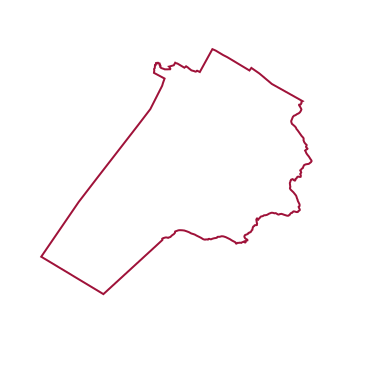 Skútustaðahreppur, Norðurland eystra, Iceland (Natural Earth projection), rotated 33°
{"feature_id": "244011B58365339597746", "entity_name": "Skútustaðahreppur", "entity_type": "district", "adm_level": 2, "iso_a3": "ISL", "parent_name": "Iceland", "parent_adm1": "Norðurland eystra", "projection": "natural_earth1", "projection_center": [-16.6, 65.112], "detail": "fine", "context": "isolated", "style": "outline", "palette": "rose", "viewbox_px": 384, "rotation_deg": 33, "n_neighbors": 0, "source": "geoboundaries", "source_scale": "gbopen_adm2", "svg_char_len": 5550}
<svg xmlns="http://www.w3.org/2000/svg" viewBox="0 0 384 384"><g transform="rotate(33 192 192)"><path d="M174.2,55.6L174.0,58.8L148.2,59.7L143.4,60.2L134.8,60.5L131.3,61.1L133.2,87.1L130.2,87.5L130.0,87.8L130.0,88.2L130.0,88.4L129.6,88.9L129.3,89.2L128.8,89.3L128.1,89.4L125.3,90.3L121.8,90.0L120.7,89.8L118.6,89.8L118.5,90.6L118.1,91.2L117.9,91.9L109.8,92.2L108.8,92.6L107.5,92.7L107.7,95.6L104.7,99.1L104.5,99.3L105.0,99.4L105.3,99.4L105.4,99.5L105.5,99.6L105.6,99.8L105.8,100.0L106.5,100.3L106.5,100.5L106.6,100.8L106.8,100.9L106.8,101.0L102.3,104.0L101.4,104.1L98.6,104.8L98.1,104.6L97.5,104.5L97.3,104.3L97.2,104.3L97.2,104.1L97.0,103.8L97.0,103.7L96.7,103.6L96.8,103.5L96.8,103.3L96.7,103.2L96.1,102.9L95.6,102.7L95.5,102.3L95.0,102.3L94.9,102.4L94.3,102.4L94.1,102.3L94.1,102.2L93.9,102.3L93.6,102.1L93.1,102.1L92.7,102.5L92.8,102.5L92.6,102.6L92.4,102.7L92.4,103.1L92.6,103.3L92.6,103.5L92.1,104.0L91.8,104.0L92.4,105.4L92.4,105.6L91.9,105.8L93.3,108.4L93.2,109.5L94.2,110.7L95.2,112.8L107.2,111.8L108.3,116.4L109.1,119.1L111.9,145.2L110.4,164.8L104.9,230.6L102.4,262.0L100.8,328.4L173.3,325.9L183.3,287.2L193.3,248.4L193.2,248.2L192.5,247.6L192.5,247.3L192.6,247.0L193.0,246.6L193.1,246.2L193.5,245.8L194.4,244.7L195.4,244.0L196.1,243.7L196.9,243.5L197.1,243.3L197.2,243.1L197.2,242.9L197.4,242.7L197.9,242.1L198.4,241.4L198.7,239.8L199.1,238.6L199.7,237.3L199.9,235.7L199.9,235.4L199.4,234.5L199.4,234.2L200.3,233.1L201.4,231.6L202.1,231.0L203.3,230.2L204.7,229.4L206.5,228.5L208.8,227.9L210.6,227.5L211.7,227.3L213.8,227.2L215.9,226.6L217.5,226.2L219.4,226.1L222.7,225.7L224.6,225.5L226.9,225.5L227.4,225.4L228.6,225.0L229.1,224.7L229.4,224.2L229.7,224.0L231.3,223.2L231.3,222.5L231.7,222.1L232.2,221.8L233.2,221.6L233.8,221.2L234.0,221.0L234.3,220.4L235.3,219.2L236.3,218.2L237.1,217.6L237.5,217.0L237.9,216.4L237.8,215.9L237.9,215.7L238.5,215.2L239.7,214.4L240.9,213.0L241.6,212.6L242.6,212.1L244.8,211.5L246.3,211.3L249.6,210.9L252.2,210.9L255.1,210.6L255.9,210.6L256.2,210.8L256.6,211.1L257.2,211.2L257.7,210.5L257.7,210.1L257.9,209.9L258.1,209.7L258.4,209.5L259.3,208.9L259.7,208.4L261.0,207.8L261.0,207.7L261.1,207.4L261.4,207.0L261.6,206.6L262.1,206.1L262.3,205.6L262.6,205.5L263.8,205.5L264.1,205.4L264.2,205.2L263.0,204.6L263.2,204.3L264.1,203.6L264.4,202.8L264.8,202.4L264.7,202.1L264.2,201.9L262.9,202.0L262.0,201.9L261.6,201.8L260.4,201.1L260.1,200.7L260.0,200.4L259.9,199.4L260.5,198.4L261.1,197.7L261.5,196.8L261.7,196.6L261.8,196.3L261.7,195.9L261.8,195.8L261.7,195.5L261.8,195.3L262.2,194.9L262.4,194.7L262.4,194.4L262.8,194.0L263.0,193.5L263.1,193.1L263.1,192.8L262.9,191.6L263.0,191.3L263.2,190.9L263.1,190.7L262.9,190.0L262.5,189.3L262.3,188.0L262.2,187.7L262.7,186.7L262.6,186.1L262.7,185.8L263.1,185.4L263.6,185.0L264.1,184.7L264.3,184.5L264.4,184.2L263.8,183.4L263.7,182.9L263.0,182.4L262.4,181.6L262.0,181.3L261.6,180.9L261.5,180.5L261.0,180.1L261.0,179.9L261.5,179.7L261.0,179.5L260.9,179.3L260.8,179.1L260.8,178.9L261.0,178.7L262.6,178.4L262.9,177.0L263.0,175.6L263.2,175.0L263.6,174.6L264.2,174.0L264.6,173.5L264.9,172.7L265.2,172.2L266.1,171.6L267.2,170.5L267.8,169.5L268.3,168.4L269.8,166.3L270.3,165.9L270.8,165.6L271.6,165.3L272.7,165.0L273.4,164.4L273.8,164.1L276.3,164.0L276.7,163.9L277.1,163.6L277.7,162.7L278.8,161.7L279.3,161.5L280.4,161.2L281.4,161.0L284.3,160.2L285.0,159.9L285.6,159.5L285.9,159.1L286.0,158.4L286.4,157.7L286.3,157.1L286.4,156.0L287.3,154.9L287.2,154.4L287.5,154.0L287.5,153.5L287.6,153.1L288.1,152.7L289.5,152.2L290.3,152.0L291.1,151.6L291.6,151.0L291.7,150.8L291.6,150.4L291.6,150.1L291.7,149.8L291.9,149.6L292.1,149.2L292.2,148.4L291.8,147.9L290.2,146.9L289.5,146.4L289.5,146.2L289.8,145.4L289.8,145.1L289.1,144.0L288.8,143.7L285.9,142.0L285.3,141.6L284.7,140.9L283.7,140.3L281.9,138.8L281.1,138.3L277.2,137.0L273.5,136.3L272.8,136.0L272.3,135.7L272.0,135.4L271.9,135.0L271.7,134.1L271.4,133.9L270.5,132.8L270.1,132.3L269.6,131.8L269.1,131.0L269.0,130.5L268.9,129.7L268.6,129.2L268.5,128.8L268.6,128.1L268.4,127.8L268.4,127.7L268.9,127.0L269.4,126.4L269.9,126.4L270.6,126.6L271.2,126.6L272.1,126.4L272.2,126.2L272.2,125.8L271.9,125.3L271.7,124.8L271.8,124.4L272.1,124.1L272.2,123.9L272.2,123.7L272.1,123.3L272.2,123.0L272.1,122.4L272.2,121.8L272.8,121.2L273.7,120.9L274.3,120.5L274.8,120.2L274.6,119.4L274.2,118.8L273.6,118.3L273.2,118.2L272.9,117.8L272.9,117.7L273.0,117.3L273.0,116.4L273.0,116.2L272.6,115.9L272.3,115.6L271.1,115.0L271.0,114.9L271.2,114.5L271.4,113.8L271.3,113.1L271.4,112.6L271.9,111.6L271.8,111.1L271.7,110.8L271.4,109.0L271.4,108.6L271.5,108.1L272.5,106.7L274.3,105.1L274.8,104.4L275.0,103.6L275.3,102.8L275.5,102.2L275.5,101.7L275.5,101.1L275.3,100.8L275.0,100.5L274.3,100.2L273.5,99.9L270.7,98.6L268.5,97.9L266.8,97.2L265.2,96.1L264.3,95.7L264.4,95.1L264.6,94.7L264.8,94.1L265.3,93.2L265.3,92.9L265.2,92.7L263.5,92.3L263.0,92.0L262.9,91.8L262.9,91.4L262.9,90.8L262.5,90.1L260.5,89.7L258.9,89.0L257.3,87.8L256.7,86.6L256.1,86.1L255.8,85.9L253.4,85.3L246.9,82.7L245.8,82.4L245.2,82.2L244.4,81.6L243.8,81.3L243.1,81.1L242.4,80.9L239.6,80.5L238.7,80.4L238.3,80.1L237.5,79.5L237.0,79.0L236.7,78.7L236.5,78.3L236.3,77.1L235.7,74.1L235.8,73.4L236.0,72.5L236.8,71.4L237.2,70.6L237.5,69.8L237.8,69.2L238.6,68.0L239.1,66.4L239.1,65.2L239.0,64.1L238.8,63.2L238.6,63.0L237.6,62.4L236.0,61.5L234.7,61.0L234.3,60.6L234.3,60.4L234.7,60.0L235.3,59.6L235.5,59.3L235.5,59.1L235.4,58.7L235.4,57.9L235.3,57.7L235.0,57.4L234.8,57.1L234.7,56.8L234.7,56.6L234.8,56.4L235.1,56.0L235.3,55.6L200.1,57.9L183.9,55.9L174.2,55.6Z" fill="none" stroke="#9f1239" stroke-width="2"/></g></svg>